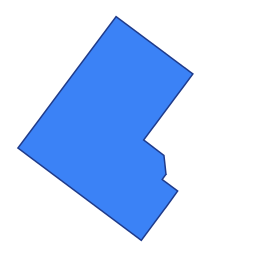 Toay, La Pampa, Argentina, rotated 36°
{"feature_id": "61730980B2132713179088", "entity_name": "Toay", "entity_type": "district", "adm_level": 2, "iso_a3": "ARG", "parent_name": "Argentina", "parent_adm1": "La Pampa", "projection": "equal_earth", "projection_center": [-64.55, -36.621], "detail": "fine", "context": "isolated", "style": "filled", "palette": "blue", "viewbox_px": 256, "rotation_deg": 36, "n_neighbors": 0, "source": "geoboundaries", "source_scale": "gbopen_adm2", "svg_char_len": 645}
<svg xmlns="http://www.w3.org/2000/svg" viewBox="0 0 256 256"><g transform="rotate(36 128 128)"><path d="M52.9,44.9L52.3,88.4L51.5,148.4L51.2,175.2L50.7,208.9L69.3,209.2L204.8,211.1L205.2,172.3L205.3,170.0L205.2,150.0L205.2,149.8L186.6,149.6L185.9,149.5L185.9,144.1L186.0,143.1L185.9,143.1L178.6,135.0L178.5,134.9L173.4,129.3L173.2,129.1L149.2,128.5L147.7,128.5L147.9,112.2L148.0,109.7L148.1,97.8L148.3,80.5L148.3,78.6L148.6,59.0L148.7,46.6L148.7,46.1L147.9,46.1L145.6,46.1L144.9,46.1L141.3,46.0L135.7,46.0L128.9,45.9L120.9,45.8L110.2,45.6L108.2,45.6L90.3,45.4L83.8,45.3L52.9,44.9Z" fill="#3b82f6" stroke="#1e3a8a" stroke-width="1.5"/></g></svg>